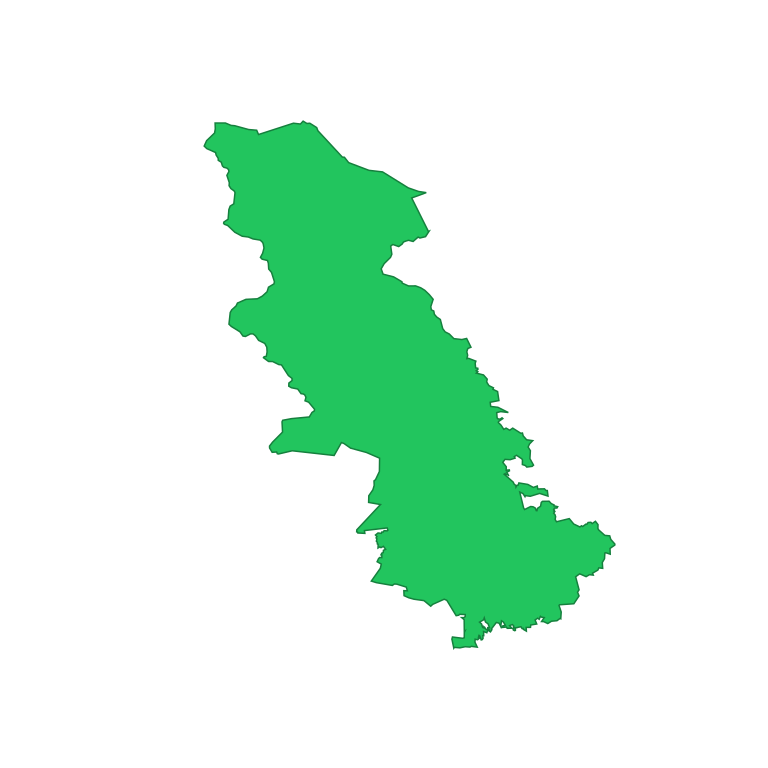 Jalpan de Serra, Querétaro, Mexico, rotated 303°
{"feature_id": "50627088B24192997994058", "entity_name": "Jalpan de Serra", "entity_type": "district", "adm_level": 2, "iso_a3": "MEX", "parent_name": "Mexico", "parent_adm1": "Querétaro", "projection": "robinson", "projection_center": [-99.37, 21.384], "detail": "fine", "context": "isolated", "style": "filled", "palette": "green", "viewbox_px": 768, "rotation_deg": 303, "n_neighbors": 0, "source": "geoboundaries", "source_scale": "gbopen_adm2", "svg_char_len": 6171}
<svg xmlns="http://www.w3.org/2000/svg" viewBox="0 0 768 768"><g transform="rotate(303 384 384)"><path d="M384.0,636.1L380.3,634.6L380.7,632.8L379.0,630.6L376.8,630.5L376.4,629.6L372.7,628.3L372.7,626.9L370.8,626.1L369.9,619.4L372.0,612.7L362.4,603.7L363.6,601.3L366.2,600.2L367.6,598.5L368.0,596.7L370.1,596.7L370.0,595.6L371.1,595.6L371.1,594.7L372.7,594.5L374.2,596.6L375.7,596.5L374.4,592.8L375.2,592.5L374.8,589.4L375.6,586.3L371.9,580.8L370.3,580.4L366.7,581.9L363.2,580.4L361.1,581.3L360.7,580.7L362.4,578.2L362.2,575.8L361.1,573.7L355.3,570.3L356.1,568.6L367.3,556.7L367.8,560.2L366.3,563.6L367.4,563.4L369.5,567.8L377.0,574.1L379.3,582.6L383.6,579.0L382.9,577.7L383.5,575.7L379.7,570.1L381.9,568.1L378.6,565.6L378.1,559.3L374.5,551.0L372.3,551.6L371.5,550.7L369.5,550.8L370.7,549.8L370.9,547.7L372.1,545.7L373.8,533.9L374.8,534.4L374.0,535.2L375.4,536.7L374.9,538.8L376.8,535.0L379.5,536.5L380.2,535.9L378.4,533.5L377.4,533.9L381.2,531.6L383.0,526.3L386.7,526.5L389.2,531.0L393.2,534.3L394.1,532.8L396.4,534.0L396.3,540.3L395.8,541.4L391.8,543.9L392.6,547.0L392.1,549.0L395.6,553.1L397.4,553.6L400.9,547.0L407.8,543.1L409.6,539.2L413.0,538.7L417.5,539.6L414.9,534.0L416.3,529.0L418.3,526.8L417.2,525.6L417.1,516.0L413.7,514.6L413.5,510.4L411.2,509.2L413.3,504.3L413.9,500.9L414.9,500.5L419.7,502.5L419.9,501.4L417.7,500.5L416.8,498.4L417.2,497.3L421.4,494.1L424.4,496.9L427.8,503.8L426.5,492.2L423.3,485.7L426.5,483.0L432.7,489.4L439.5,483.4L438.9,478.2L440.4,477.9L439.8,472.9L441.6,469.0L444.3,467.9L445.8,462.5L443.4,455.5L445.4,456.0L445.3,454.1L447.4,454.8L448.3,454.1L447.4,452.1L451.0,449.2L453.2,448.6L451.6,441.0L450.4,439.7L453.7,438.5L456.1,435.9L458.5,435.2L459.5,435.0L462.2,436.9L467.2,428.5L463.7,425.1L460.1,417.9L461.5,411.5L461.0,406.9L462.4,403.1L468.8,396.1L468.9,391.7L469.9,388.3L472.3,386.0L472.0,383.3L474.4,381.1L481.8,379.1L483.6,373.4L484.8,367.2L484.7,362.4L483.5,357.1L479.6,351.2L478.5,344.3L479.5,343.4L479.1,333.8L475.6,323.4L479.1,318.9L485.1,318.6L493.7,320.5L497.1,319.9L503.3,314.5L505.8,315.4L507.3,321.5L511.2,323.0L513.7,323.0L515.8,324.5L517.9,326.3L519.4,330.8L525.8,332.6L526.0,334.6L530.2,338.6L536.7,338.6L536.1,338.2L555.1,305.9L567.5,315.2L564.3,308.1L561.7,297.5L561.1,267.3L555.0,255.0L550.4,233.8L552.6,227.3L551.6,225.5L560.4,190.6L562.4,187.9L562.3,179.8L560.5,177.4L560.4,173.0L556.5,172.3L553.4,166.0L524.9,142.9L527.5,139.0L523.7,131.9L519.3,118.1L517.6,114.9L516.5,108.8L510.9,100.2L506.0,103.6L502.2,105.2L491.5,102.7L485.6,103.6L484.9,107.2L486.4,116.7L484.6,118.5L483.0,122.0L481.3,123.2L481.4,126.7L478.9,129.7L478.5,131.7L479.5,134.5L479.2,136.7L477.8,138.2L473.4,138.6L468.6,144.6L465.9,146.1L464.5,149.2L464.3,153.2L463.4,154.8L453.3,159.9L449.4,158.1L445.8,158.9L437.3,163.5L432.6,161.5L431.5,161.9L431.0,163.1L431.8,166.5L430.0,176.4L430.7,184.6L433.4,190.2L434.3,195.1L437.2,201.7L436.9,204.1L436.1,206.0L432.7,209.3L427.5,211.0L422.9,211.4L422.3,213.8L424.1,219.0L422.3,221.2L417.6,224.7L416.3,228.9L410.2,236.3L408.1,237.2L402.3,234.4L397.7,235.7L391.5,234.1L386.5,231.4L379.8,222.1L372.1,217.0L368.9,217.4L363.2,215.9L360.2,216.1L349.7,221.4L349.1,224.6L349.3,234.8L347.4,239.6L348.4,241.9L353.4,244.8L354.7,247.0L354.4,250.0L352.3,255.1L353.1,261.9L351.0,265.7L347.2,268.5L343.1,270.2L341.6,268.6L340.4,268.6L340.0,274.9L342.2,278.4L343.0,285.2L344.2,287.6L339.0,299.2L338.6,303.8L336.8,305.0L333.0,303.7L330.3,305.3L330.4,308.3L332.8,314.4L330.7,319.7L331.7,321.8L331.7,323.5L330.3,325.8L326.9,326.9L327.7,330.7L325.0,339.5L323.5,340.2L320.9,339.1L315.7,339.3L304.6,325.3L298.4,318.8L296.7,319.1L288.4,325.1L274.5,322.2L269.6,321.8L268.0,322.9L265.8,327.4L268.5,331.0L267.4,332.5L267.9,333.7L278.0,343.4L296.9,381.1L311.7,380.2L312.3,382.9L312.0,390.9L317.0,406.5L319.4,420.7L308.1,427.8L299.1,429.0L297.3,428.4L293.6,431.0L289.2,432.3L282.0,432.1L276.3,435.6L281.0,446.7L246.9,440.6L245.1,441.6L245.4,442.5L244.8,443.2L248.3,449.3L250.4,447.4L265.0,465.0L263.6,466.9L262.5,466.6L261.1,464.0L259.3,463.9L258.7,462.8L257.3,463.1L255.8,460.1L252.7,459.1L252.2,461.2L250.6,461.2L250.3,462.4L248.0,463.2L247.7,464.4L246.2,465.6L246.4,466.4L243.2,468.3L245.1,469.2L245.1,470.6L247.5,471.9L246.3,475.4L244.2,474.1L242.2,475.2L241.0,474.3L239.1,474.5L239.5,475.3L237.2,476.7L236.2,474.9L234.7,474.5L231.2,475.0L231.5,479.8L227.4,481.3L211.8,480.7L213.2,485.7L219.6,500.7L221.9,501.6L223.1,503.7L225.8,513.3L223.3,516.2L221.5,513.2L217.4,516.1L218.2,521.2L219.8,526.3L224.1,535.5L223.1,544.2L225.8,544.9L236.3,551.7L236.8,554.5L229.0,570.7L230.8,572.6L232.1,572.9L234.9,577.7L233.2,578.8L231.6,578.3L230.4,576.4L230.0,579.6L220.2,586.1L221.0,586.4L219.3,586.7L214.9,589.5L213.6,588.5L209.1,579.2L207.0,579.9L200.5,586.4L201.4,586.4L204.1,591.4L207.9,595.2L210.2,599.4L211.5,600.1L214.1,605.5L217.0,600.9L219.6,599.4L220.5,601.8L223.0,602.5L222.5,601.4L224.9,600.5L225.1,601.2L222.3,604.9L223.1,605.6L224.6,605.6L226.8,603.9L227.3,604.7L230.6,602.3L231.4,605.7L234.2,605.0L233.9,602.9L234.9,600.6L234.5,600.0L233.9,600.8L233.6,599.5L234.7,599.0L234.2,598.5L235.9,596.6L236.3,593.8L240.5,596.0L242.4,595.5L239.7,598.7L239.5,601.9L237.2,605.1L236.2,603.7L234.6,604.6L235.4,605.5L235.2,606.3L234.1,606.4L234.1,608.3L236.7,608.3L237.2,607.5L245.2,608.1L246.1,610.9L244.2,614.0L249.4,611.5L249.4,613.7L247.8,617.1L245.6,615.2L244.1,615.6L246.8,619.0L246.2,620.4L248.8,624.2L249.8,620.9L252.2,622.7L251.8,624.4L250.8,624.8L250.9,626.8L249.9,625.5L248.8,625.7L248.1,626.5L248.3,628.0L248.9,628.4L251.0,627.0L255.0,631.0L254.1,632.9L254.8,633.8L254.1,634.4L254.3,638.0L257.3,635.8L259.7,639.4L261.8,638.3L265.9,642.8L268.4,639.2L271.3,640.4L271.2,642.3L274.3,641.7L274.2,642.9L275.4,645.6L270.6,645.5L271.7,647.4L272.3,651.8L276.3,653.7L279.7,658.0L283.4,659.4L283.4,660.1L289.3,656.8L293.6,651.4L294.4,651.4L303.1,662.9L312.5,663.0L314.8,659.7L317.6,659.7L326.7,649.7L331.4,651.5L332.5,658.4L336.0,660.2L337.7,663.6L338.9,661.9L344.4,664.7L346.8,664.3L348.5,667.8L353.2,664.3L357.6,664.1L362.5,661.3L363.3,662.0L364.5,666.4L369.2,663.1L374.6,665.3L375.5,664.8L377.2,658.8L379.6,656.0L377.3,651.6L378.6,643.4L379.3,642.1L382.6,640.1L384.0,636.1Z" fill="#22c55e" stroke="#15803d" stroke-width="1.5"/></g></svg>